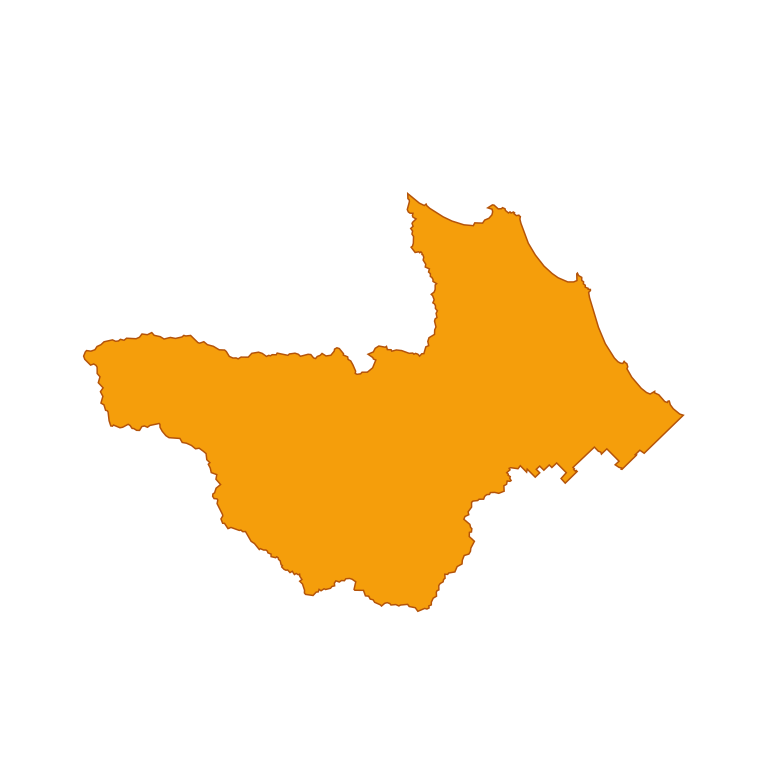 Kempsey, New South Wales, Australia, rotated 306°
{"feature_id": "25037944B28322742618410", "entity_name": "Kempsey", "entity_type": "district", "adm_level": 2, "iso_a3": "AUS", "parent_name": "Australia", "parent_adm1": "New South Wales", "projection": "natural_earth1", "projection_center": [152.697, -30.906], "detail": "fine", "context": "isolated", "style": "filled", "palette": "amber", "viewbox_px": 768, "rotation_deg": 306, "n_neighbors": 0, "source": "geoboundaries", "source_scale": "gbopen_adm2", "svg_char_len": 6171}
<svg xmlns="http://www.w3.org/2000/svg" viewBox="0 0 768 768"><g transform="rotate(306 384 384)"><path d="M181.3,400.4L180.1,401.8L179.9,404.0L177.3,407.0L177.4,408.5L175.9,408.7L175.3,412.1L175.7,414.1L176.9,415.4L176.2,418.8L178.6,419.9L177.2,423.5L179.1,424.3L179.3,426.8L180.5,427.5L178.9,429.0L177.6,432.5L174.9,431.7L174.3,435.6L170.5,440.9L168.2,442.4L167.7,444.2L171.2,450.9L175.8,451.5L177.2,453.0L179.7,452.2L179.7,454.6L183.1,455.9L183.4,457.5L187.3,460.8L189.6,460.9L191.7,462.7L193.7,460.9L196.5,460.8L197.5,464.2L200.0,465.1L201.6,467.6L204.0,467.6L206.5,470.5L207.3,472.9L207.4,477.4L200.2,480.5L200.0,481.6L205.0,488.7L201.7,493.5L203.3,496.3L201.9,499.3L203.0,501.9L201.9,504.8L203.2,510.8L202.9,512.5L207.0,513.5L209.0,515.1L209.8,517.8L209.3,519.5L212.5,523.2L213.2,526.5L214.9,527.3L219.6,532.6L218.8,535.2L221.4,540.8L220.0,545.0L226.3,548.8L227.2,551.0L229.3,552.1L230.8,550.7L233.1,552.1L235.4,550.5L239.7,549.7L243.2,551.2L246.3,548.7L247.9,548.4L249.7,549.4L253.1,546.8L255.5,546.7L258.7,548.1L260.9,547.1L262.7,547.6L265.8,545.0L267.4,547.4L269.2,547.5L273.6,551.8L279.3,550.5L284.3,552.9L287.6,550.9L292.4,549.7L296.3,552.6L299.4,552.3L302.3,550.7L309.9,549.6L310.7,542.6L314.2,540.3L315.7,541.7L318.6,540.1L318.9,538.3L320.9,536.0L321.5,528.1L324.4,527.4L328.1,529.4L330.0,527.2L335.9,527.2L339.7,524.4L341.6,524.8L344.8,528.3L346.6,528.6L349.4,532.3L352.2,531.5L354.8,532.1L356.7,534.2L358.7,533.9L361.4,537.3L363.0,541.1L367.9,544.2L372.1,540.8L374.9,542.1L377.9,540.7L379.3,543.1L380.6,543.6L381.7,541.1L383.3,540.6L383.1,538.1L384.1,537.6L384.4,535.4L388.6,536.4L389.3,534.8L390.8,535.7L394.2,542.2L398.0,542.3L396.5,551.2L399.3,549.9L397.5,561.1L403.7,562.2L404.5,557.3L409.1,558.2L408.2,564.0L415.6,565.3L415.1,568.9L421.6,570.1L419.4,583.6L411.6,582.8L410.3,588.9L426.8,591.7L427.0,590.2L426.0,590.0L426.3,587.7L427.3,587.8L427.6,585.9L456.6,591.3L455.6,596.8L456.3,599.4L455.1,601.1L462.5,602.4L459.7,619.5L454.5,618.5L454.7,623.2L455.7,625.5L454.5,625.8L454.8,626.7L474.5,630.0L475.0,630.0L474.5,628.8L480.8,629.9L480.9,635.2L534.7,644.5L533.5,640.9L534.0,632.5L535.5,627.8L537.9,624.8L537.2,623.9L535.6,624.1L534.8,621.4L536.8,612.7L535.9,608.1L537.1,607.3L532.3,605.2L531.4,601.4L531.7,594.7L535.1,580.5L539.1,571.6L541.2,571.1L543.2,568.5L543.0,565.6L544.1,564.9L541.0,565.1L539.9,563.2L539.5,560.2L540.4,555.1L546.7,539.3L555.9,524.2L574.7,499.5L578.4,495.7L580.9,496.1L581.8,495.4L580.6,493.5L581.4,492.9L580.6,489.9L582.2,488.8L582.2,486.4L584.0,485.4L584.0,483.1L586.5,481.3L586.1,477.7L587.4,475.3L586.4,475.2L581.1,479.3L578.0,477.4L574.6,472.7L572.3,462.4L572.2,455.1L573.4,444.2L577.3,430.6L582.7,418.0L594.5,400.3L597.3,397.0L599.6,395.9L599.5,394.0L600.3,394.3L598.0,392.1L598.2,389.0L599.2,389.0L599.2,387.6L597.0,386.3L597.3,384.8L595.5,384.1L595.8,380.2L596.9,378.9L596.3,376.2L594.9,376.0L592.8,373.5L593.4,367.8L592.6,366.4L587.5,364.4L588.9,368.7L587.2,370.7L584.3,371.9L579.8,371.5L575.8,369.1L572.1,369.2L567.7,362.7L564.6,363.2L559.8,355.2L555.8,343.3L554.0,333.6L553.0,317.7L553.4,313.8L554.3,312.3L552.1,311.7L551.1,306.4L552.0,291.3L548.0,294.4L547.8,296.2L546.4,297.4L538.8,300.3L537.5,302.5L537.5,304.6L539.1,307.1L536.9,308.0L536.0,309.4L536.4,312.9L531.6,312.1L530.4,312.3L528.7,314.8L525.5,314.2L524.6,317.2L521.7,318.5L520.7,321.2L515.1,325.0L512.3,326.0L510.6,325.5L508.7,331.9L511.4,334.4L511.2,335.8L512.6,336.1L512.2,337.9L511.1,338.6L511.4,339.4L510.0,341.6L507.3,342.8L505.4,347.4L502.9,348.6L503.8,353.1L500.8,354.2L500.5,356.7L498.2,358.3L498.4,359.9L497.4,362.2L495.8,363.3L496.1,367.6L494.2,367.2L490.6,369.8L487.9,370.5L484.3,369.5L484.0,371.5L481.6,375.1L478.4,375.8L478.5,377.7L477.5,379.7L475.3,381.2L474.6,384.2L471.8,384.6L468.9,387.8L466.8,387.1L464.6,387.9L460.7,392.5L457.6,393.2L453.8,395.7L447.9,393.2L444.2,394.4L441.3,397.6L438.6,396.0L432.0,398.4L430.7,396.8L427.5,396.4L428.0,393.8L427.3,391.5L425.7,390.7L425.9,389.1L423.6,386.3L421.4,378.6L418.8,374.0L415.1,371.0L415.9,369.6L413.8,366.5L415.9,363.9L414.5,363.4L411.7,357.5L407.7,355.9L403.7,356.5L398.7,353.6L398.8,359.3L398.0,360.8L398.6,363.3L390.4,365.3L383.8,363.6L380.6,359.3L378.5,359.1L375.9,356.4L375.7,354.5L377.7,353.5L381.2,347.6L383.1,343.5L382.8,340.5L384.6,338.6L383.5,334.1L384.7,333.4L386.4,327.0L385.6,324.6L383.2,323.5L381.3,324.4L376.0,324.1L372.6,320.6L372.3,315.9L369.6,315.5L367.0,313.8L364.4,313.7L363.7,311.7L364.8,307.5L363.4,305.1L357.3,300.1L357.7,297.2L356.6,293.9L352.7,289.8L350.7,289.4L346.2,279.4L344.3,279.6L342.0,276.3L340.1,275.6L339.4,273.9L337.2,272.7L337.2,267.5L336.0,263.8L331.1,259.0L325.9,258.4L321.7,252.5L318.6,251.2L318.2,249.1L316.2,246.5L315.4,242.6L317.6,237.3L317.8,235.1L314.8,230.6L314.2,223.8L312.0,218.0L312.3,213.4L308.7,210.9L308.1,209.2L309.6,199.0L306.3,195.4L305.7,193.5L303.3,192.9L298.3,188.5L296.1,183.8L291.1,179.6L290.8,175.2L288.3,169.5L289.1,165.9L284.8,163.6L282.2,158.8L278.1,158.7L274.9,156.8L269.7,148.8L266.6,148.0L265.2,144.5L262.8,143.9L260.8,141.8L260.1,138.4L253.6,132.7L249.4,131.9L245.7,129.8L241.8,130.0L238.3,127.6L236.2,123.7L234.4,123.5L230.0,124.6L228.1,127.4L226.8,135.5L229.6,137.4L229.8,140.1L228.9,142.1L223.9,145.8L222.9,150.0L217.1,152.1L215.8,159.0L211.1,159.1L208.8,163.8L202.2,166.2L202.5,169.7L199.1,174.2L199.7,175.8L199.1,177.3L192.7,183.2L189.5,187.6L190.3,189.1L191.8,189.3L193.4,196.1L195.4,198.0L201.0,200.7L201.2,202.9L200.0,206.3L200.9,207.8L201.1,211.1L202.8,213.5L207.2,213.1L209.2,214.8L210.0,218.1L212.9,219.0L219.9,225.3L219.7,226.4L217.3,228.3L215.4,232.4L214.0,237.9L214.2,241.6L220.0,250.9L218.1,255.1L220.0,259.0L221.1,264.3L220.8,269.6L223.4,272.2L223.4,277.4L223.1,281.0L218.6,285.1L218.0,289.4L215.8,289.0L213.9,292.8L210.8,296.3L212.4,302.0L208.2,304.0L206.6,310.9L201.0,309.4L196.4,310.9L194.5,310.2L192.4,311.4L191.4,313.9L192.9,316.3L192.5,317.7L189.1,319.3L183.5,330.1L182.5,331.1L179.0,331.4L176.5,335.3L177.5,336.9L175.3,342.8L178.0,344.5L180.5,353.0L181.7,354.1L181.5,356.5L183.2,358.7L178.6,369.0L178.8,373.0L176.8,380.4L178.1,380.7L178.9,384.2L180.3,386.1L180.2,388.0L179.2,389.3L180.0,392.6L178.0,394.1L179.8,398.5L181.1,398.7L181.3,400.4Z" fill="#f59e0b" stroke="#b45309" stroke-width="1.5"/></g></svg>